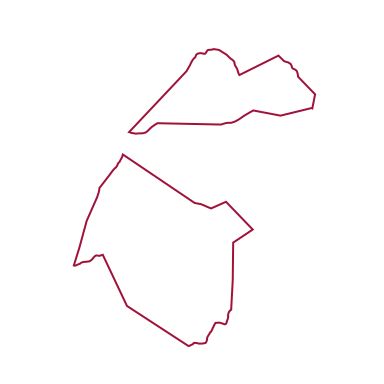 the district of Santa Ana, Francisco Morazán, Honduras, rotated 282°
{"feature_id": "27666195B74591275827965", "entity_name": "Santa Ana", "entity_type": "district", "adm_level": 2, "iso_a3": "HND", "parent_name": "Honduras", "parent_adm1": "Francisco Morazán", "projection": "orthographic", "projection_center": [-87.221, 13.924], "detail": "fine", "context": "isolated", "style": "outline", "palette": "rose", "viewbox_px": 384, "rotation_deg": 282, "n_neighbors": 0, "source": "geoboundaries", "source_scale": "gbopen_adm2", "svg_char_len": 5396}
<svg xmlns="http://www.w3.org/2000/svg" viewBox="0 0 384 384"><g transform="rotate(282 192 192)"><path d="M95.6,91.7L95.6,92.0L95.6,92.3L95.6,92.6L95.7,92.9L95.7,93.1L95.8,93.2L95.9,93.4L96.0,93.6L96.3,94.0L96.8,94.7L98.0,96.4L98.5,97.1L98.7,97.5L98.9,97.6L99.1,97.8L99.3,97.9L99.4,98.0L99.5,98.1L99.8,98.4L100.1,98.8L100.3,99.1L100.5,99.4L100.7,99.8L100.9,100.3L101.1,100.7L101.2,101.0L101.3,101.3L101.4,101.6L101.6,102.5L101.8,103.3L102.1,104.0L102.4,104.8L102.6,105.4L102.7,105.7L102.9,106.1L103.0,106.2L103.1,106.4L103.3,106.5L103.6,106.9L103.9,107.2L104.1,107.4L104.4,107.6L105.0,108.0L105.5,108.4L105.8,108.6L106.0,108.7L106.2,108.8L106.5,108.9L107.0,109.1L107.4,109.3L107.6,109.4L107.8,109.5L108.5,110.0L108.9,110.3L109.1,110.4L109.3,110.6L109.5,110.8L109.8,111.1L109.9,111.3L110.0,111.6L110.1,112.0L110.2,112.6L110.2,113.7L110.3,114.2L110.4,114.7L110.4,115.0L110.5,115.2L110.6,115.3L110.7,115.5L110.8,115.6L110.9,115.8L111.1,116.1L111.5,116.8L111.5,117.0L111.8,117.5L112.0,117.8L67.0,152.1L40.6,220.6L40.9,221.2L41.1,221.6L41.3,221.9L41.5,222.0L42.4,223.2L42.7,223.6L43.0,224.0L43.4,224.4L43.4,224.5L43.6,224.6L43.8,224.7L44.0,224.8L44.3,224.9L44.4,225.0L44.5,225.0L44.7,225.3L44.8,225.4L44.8,225.6L44.9,225.8L45.0,226.1L45.0,226.3L45.1,226.6L45.1,227.0L45.2,227.9L45.2,228.0L45.2,228.4L45.2,229.2L45.2,229.5L45.2,230.3L45.2,230.7L45.3,230.9L45.3,231.1L45.4,231.6L45.5,231.9L45.6,232.5L45.7,232.9L45.9,233.6L46.2,234.3L46.4,234.9L46.6,235.4L46.7,235.7L47.0,236.2L47.1,236.5L47.3,236.7L47.4,236.8L47.6,236.9L47.8,237.0L48.3,237.1L48.7,237.2L49.4,237.3L50.0,237.4L50.3,237.4L51.2,237.4L51.5,237.3L52.1,237.2L52.4,237.2L52.7,237.2L52.8,237.2L53.0,237.2L53.5,237.3L53.8,237.4L54.1,237.5L54.7,237.7L55.3,237.9L55.8,238.1L56.2,238.3L56.5,238.4L56.8,238.5L57.1,238.6L57.3,238.6L57.5,238.7L57.8,238.7L57.9,238.8L58.1,238.8L58.4,238.9L58.6,239.1L59.0,239.4L59.1,239.5L59.3,239.6L59.6,239.7L59.7,239.8L60.1,239.9L60.6,240.1L60.9,240.2L61.1,240.2L61.4,240.3L62.1,240.4L62.6,240.5L63.0,240.5L63.4,240.6L63.7,240.7L64.0,240.8L64.3,240.9L64.6,241.0L64.9,241.1L65.6,241.2L66.2,241.3L67.0,241.6L67.8,241.8L68.2,241.9L68.4,242.0L68.6,242.1L68.8,242.2L68.9,242.4L69.0,242.5L69.1,243.0L69.2,243.5L69.3,243.9L69.4,244.3L69.4,244.5L69.5,244.7L69.5,244.8L69.7,245.2L69.8,245.3L69.8,245.5L69.9,246.0L69.9,246.8L69.8,247.8L69.8,248.6L69.6,249.9L69.4,250.8L69.4,251.1L69.4,251.3L69.4,251.6L69.5,251.8L69.6,252.0L69.8,252.3L70.0,252.5L70.4,252.7L70.5,252.8L71.4,252.9L72.1,253.0L73.3,253.1L73.6,253.1L74.4,253.2L75.5,253.4L75.9,253.4L76.1,253.4L76.7,253.4L77.1,253.4L77.4,253.4L77.5,253.4L77.8,253.3L77.9,253.2L78.0,253.1L78.3,253.0L78.4,252.9L78.6,252.9L79.0,252.9L79.3,252.9L80.0,252.9L80.3,252.9L81.3,252.9L81.8,253.0L82.0,253.0L82.3,253.1L83.0,253.4L83.7,253.7L83.8,253.8L84.1,254.1L84.4,254.3L84.5,254.4L84.7,254.6L84.9,254.7L85.0,254.7L85.2,254.8L85.3,254.7L85.5,254.7L114.1,250.2L151.1,242.8L167.6,258.9L167.9,259.2L189.5,227.3L179.9,214.1L180.8,209.2L181.5,206.0L182.0,203.1L181.8,196.9L214.3,116.6L212.1,116.4L210.3,116.0L208.5,115.4L206.7,115.0L205.1,114.0L203.7,113.5L202.2,113.3L200.6,112.7L199.0,111.5L196.6,110.1L191.3,107.7L176.6,100.6L174.3,100.9L171.7,100.8L169.1,100.5L166.6,100.2L163.0,99.4L141.9,95.0L114.0,93.4L95.6,91.7ZM237.5,118.0L237.2,120.7L237.3,122.6L237.4,124.9L238.3,127.9L239.3,132.0L240.8,134.6L242.7,136.1L245.2,137.7L247.1,139.0L249.8,141.5L252.1,143.9L264.0,206.3L266.0,209.9L267.1,212.5L267.8,215.9L269.9,219.5L272.9,222.9L277.5,227.2L281.8,231.9L284.5,235.0L285.1,262.7L299.1,291.8L298.9,292.3L313.1,292.1L326.8,271.8L328.9,271.1L330.9,270.1L332.2,269.2L333.1,267.7L333.5,266.0L333.8,264.8L334.5,264.0L335.9,263.3L337.1,262.5L337.9,261.7L338.2,260.4L338.8,259.2L338.8,257.8L339.1,254.9L343.4,248.2L316.3,214.1L316.6,213.7L317.0,213.4L317.2,213.2L317.5,213.0L318.5,212.4L319.0,212.1L319.7,211.7L320.3,211.4L321.0,211.0L321.4,210.8L321.6,210.6L321.9,210.4L322.7,209.8L322.9,209.6L323.0,209.5L323.2,209.3L323.6,208.8L323.9,208.6L324.1,208.4L324.3,208.2L324.7,207.9L325.2,207.6L325.5,207.4L325.8,207.2L326.1,207.1L326.4,206.9L326.6,206.9L326.9,206.8L327.0,206.7L327.3,206.6L327.6,206.5L327.8,206.4L328.0,206.3L328.2,206.1L328.4,205.9L328.6,205.8L328.7,205.6L328.8,205.5L328.9,205.3L329.2,204.8L329.4,204.4L329.7,204.0L329.9,203.6L330.1,203.0L330.3,202.5L330.4,202.2L330.5,202.0L330.8,201.6L331.6,200.2L331.9,199.7L332.3,199.1L332.7,198.6L332.9,198.3L333.1,198.0L333.3,197.6L333.4,197.2L333.6,197.0L334.1,195.6L334.4,194.8L334.9,193.4L335.1,192.7L335.3,192.2L335.6,191.6L335.8,191.1L336.0,190.5L336.2,190.1L336.3,189.7L336.4,189.4L336.5,189.0L336.5,188.7L336.5,187.9L336.5,187.7L336.5,186.6L336.4,185.7L336.4,184.9L336.3,184.1L336.3,183.8L336.3,183.6L336.2,183.5L336.1,183.3L336.1,183.1L335.9,182.8L335.8,182.6L335.6,182.4L335.5,182.1L334.7,179.6L334.4,178.5L334.3,178.4L334.2,178.1L334.0,177.9L333.9,177.8L333.8,177.7L333.7,177.7L333.3,177.5L332.6,177.2L332.1,177.0L330.9,176.6L330.6,176.5L330.4,176.4L330.1,176.2L330.0,175.9L329.9,175.7L329.8,175.2L329.8,174.9L329.7,174.8L329.7,174.4L329.7,173.8L329.7,173.5L329.7,172.9L329.7,172.6L329.6,171.8L329.5,171.2L329.4,171.0L329.4,170.8L329.2,170.3L328.9,169.6L328.7,169.1L328.5,168.9L328.4,168.8L328.3,168.6L328.2,168.5L328.1,168.4L327.9,168.2L327.5,167.9L327.2,167.7L326.8,167.5L324.5,167.2L323.1,166.1L320.8,165.0L318.1,164.2L315.4,163.6L312.1,162.5L309.0,161.5L237.5,118.0Z" fill="none" stroke="#9f1239" stroke-width="2"/></g></svg>